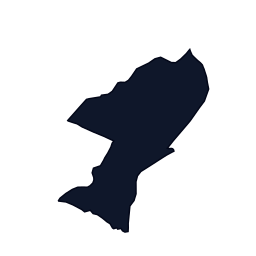 Bendasi, Central Darfur, Sudan, rotated 205°
{"feature_id": "16777658B55033891828638", "entity_name": "Bendasi", "entity_type": "district", "adm_level": 2, "iso_a3": "SDN", "parent_name": "Sudan", "parent_adm1": "Central Darfur", "projection": "albers", "projection_center": [22.811, 12.051], "detail": "fine", "context": "isolated", "style": "filled", "palette": "ink", "viewbox_px": 256, "rotation_deg": 205, "n_neighbors": 0, "source": "geoboundaries", "source_scale": "gbopen_adm2", "svg_char_len": 1654}
<svg xmlns="http://www.w3.org/2000/svg" viewBox="0 0 256 256"><g transform="rotate(205 128 128)"><path d="M84.2,34.2L85.6,37.7L87.5,41.6L93.3,58.0L92.9,60.1L91.9,64.8L92.3,67.3L92.6,69.6L92.9,71.7L98.1,82.7L99.2,88.6L98.0,94.0L95.5,97.9L91.6,104.0L88.7,108.6L87.2,111.0L81.8,119.5L81.0,120.6L79.5,122.6L79.3,122.9L78.0,124.6L77.6,125.2L77.5,125.4L77.4,125.5L77.2,125.6L77.0,125.9L76.6,126.4L77.5,127.5L78.7,128.0L79.8,127.9L81.5,127.0L83.0,126.3L83.6,126.3L83.8,126.3L83.5,127.3L83.5,127.7L81.6,135.7L75.5,157.8L74.7,160.8L71.9,176.6L70.2,184.7L71.4,197.4L75.5,203.0L78.1,207.0L79.2,208.3L80.5,209.7L82.2,211.5L84.0,213.5L85.6,214.9L87.2,216.5L89.0,217.3L90.4,217.8L93.5,218.6L95.3,219.2L98.5,220.3L100.9,221.2L101.5,221.8L102.8,222.9L103.8,223.8L104.5,224.5L105.2,225.3L105.5,224.3L106.5,220.2L109.3,212.8L112.3,207.4L116.3,205.6L128.3,205.9L132.8,202.1L136.6,195.6L145.1,185.2L145.7,181.4L146.5,176.4L147.7,171.4L149.9,168.1L154.3,166.2L156.2,164.6L157.7,154.6L160.3,150.1L165.9,146.5L166.0,144.6L175.6,138.1L177.7,136.4L180.5,127.2L185.8,109.3L185.3,109.1L179.4,109.8L175.9,110.3L169.9,109.6L157.0,109.8L146.6,110.3L140.3,110.3L135.9,110.3L135.4,110.3L135.4,110.0L135.9,107.6L135.4,103.5L135.7,96.6L136.4,91.2L136.4,88.3L137.0,82.1L142.3,77.0L142.0,75.0L141.5,72.2L138.0,68.6L136.9,66.4L136.6,63.3L138.0,59.5L139.8,57.1L143.8,55.4L148.6,53.0L152.5,48.8L156.6,42.4L159.9,35.7L160.3,32.8L160.0,32.5L152.9,34.8L145.4,35.1L135.4,34.6L131.9,33.7L127.4,37.5L123.4,35.7L119.2,36.6L113.2,35.6L107.4,34.1L103.8,33.7L99.8,30.9L98.4,30.7L96.1,32.8L94.6,32.0L91.9,34.0L89.5,32.5L86.8,32.4L84.2,34.2Z" fill="#0f172a" stroke="#020617" stroke-width="1.5"/></g></svg>